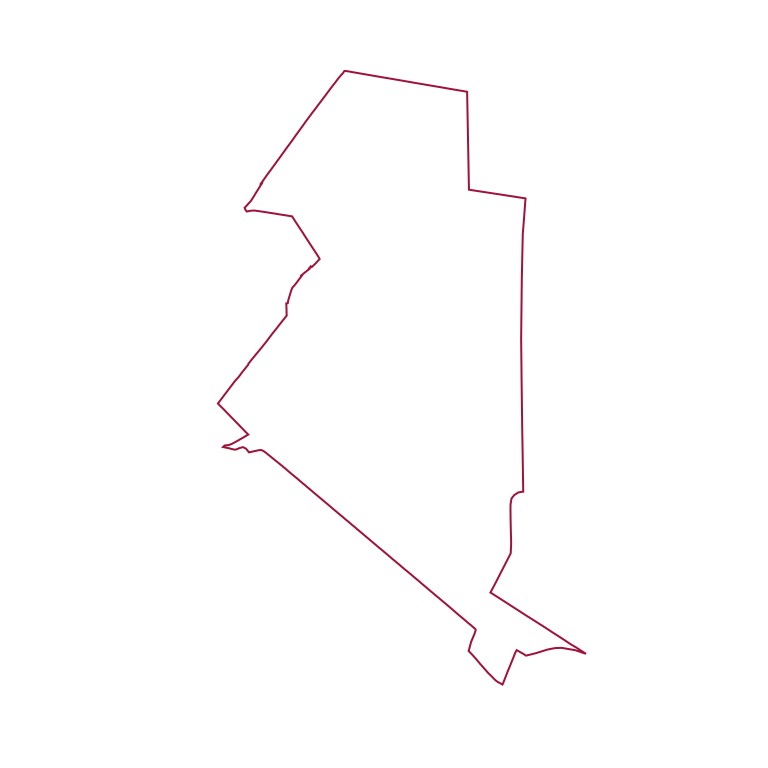 Valle de Chalco Solidaridad, México, Mexico (orthographic projection), rotated 171°
{"feature_id": "50627088B34446663804025", "entity_name": "Valle de Chalco Solidaridad", "entity_type": "district", "adm_level": 2, "iso_a3": "MEX", "parent_name": "Mexico", "parent_adm1": "México", "projection": "orthographic", "projection_center": [-98.94, 19.283], "detail": "fine", "context": "isolated", "style": "outline", "palette": "rose", "viewbox_px": 768, "rotation_deg": 171, "n_neighbors": 0, "source": "geoboundaries", "source_scale": "gbopen_adm2", "svg_char_len": 4741}
<svg xmlns="http://www.w3.org/2000/svg" viewBox="0 0 768 768"><g transform="rotate(171 384 384)"><path d="M298.3,149.7L309.1,159.3L311.5,161.4L305.8,168.9L305.0,170.0L296.2,182.1L294.8,184.0L293.4,185.9L290.9,189.3L287.4,194.1L285.3,197.0L285.2,197.6L283.4,206.3L283.0,209.2L282.9,210.2L282.8,210.4L282.3,214.6L281.3,222.1L280.5,227.8L280.1,230.8L279.7,233.6L278.8,239.6L277.9,245.1L277.8,245.4L276.0,250.9L272.8,253.9L268.2,255.9L263.3,255.9L261.6,268.1L258.0,293.2L254.6,317.4L251.0,342.2L247.5,366.3L241.5,407.0L239.9,416.5L231.6,465.4L223.5,510.3L220.9,521.0L215.2,545.2L269.7,562.6L259.4,636.5L256.2,659.6L257.3,660.0L259.6,660.8L259.9,660.9L268.9,663.9L279.7,667.6L287.7,670.3L289.5,670.9L298.4,673.9L307.6,677.0L320.7,681.5L321.9,681.9L340.6,688.2L364.4,696.3L369.6,698.1L373.3,699.3L374.1,699.4L376.6,696.8L376.9,696.7L377.6,696.2L377.9,695.9L380.8,693.5L384.7,689.7L388.7,686.0L392.6,682.2L396.5,678.4L400.4,674.6L404.3,670.9L408.2,667.1L412.2,663.3L416.1,659.5L419.9,655.8L423.6,652.0L427.4,648.2L431.2,644.4L432.2,643.4L435.9,639.6L439.6,635.9L443.4,632.2L447.1,628.4L450.8,624.7L454.5,621.0L458.3,617.2L462.0,613.5L466.6,609.0L470.3,605.2L474.1,601.3L473.3,601.2L476.5,597.5L480.0,593.5L483.4,589.5L486.9,585.5L487.6,585.0L494.1,579.8L493.5,577.5L492.5,575.8L488.9,576.0L484.8,575.6L478.0,573.5L471.1,571.3L465.5,569.5L459.8,567.6L454.2,565.8L448.5,563.9L445.6,557.2L445.1,556.1L442.8,551.0L440.5,546.0L438.3,540.9L436.0,535.8L433.7,530.7L431.4,525.6L429.1,520.5L428.0,517.5L434.2,512.7L437.1,510.8L437.9,511.7L440.0,509.8L439.6,509.4L439.8,509.3L444.4,506.7L449.0,504.0L448.9,503.6L448.5,503.6L452.9,499.3L456.2,496.1L457.3,495.2L458.1,494.6L459.4,493.5L461.2,490.5L464.1,484.5L465.5,481.6L466.3,479.0L465.6,478.8L466.7,478.9L467.9,478.9L468.7,472.3L469.2,468.8L469.4,466.8L473.9,462.7L476.0,460.8L478.2,458.7L478.9,458.1L481.5,455.6L483.3,454.0L483.5,453.8L485.4,452.1L486.1,451.5L487.2,450.4L489.3,448.4L495.4,442.5L495.8,442.2L496.2,441.9L498.0,440.2L499.3,439.0L499.9,438.5L500.7,437.8L502.4,436.3L503.2,435.6L504.6,434.3L506.5,432.7L508.1,431.2L510.0,429.6L514.8,425.2L515.0,424.4L518.5,421.2L521.9,418.1L522.2,417.9L526.2,413.9L530.6,410.4L533.6,407.5L538.2,403.1L543.1,398.4L545.7,395.9L548.3,393.4L550.7,391.1L551.1,390.7L550.6,390.0L549.2,388.0L548.4,386.9L546.3,384.1L544.8,381.9L543.4,379.9L541.9,377.8L540.4,375.6L539.0,373.7L538.6,373.1L537.7,371.8L536.7,370.4L535.5,368.7L534.4,367.2L534.2,366.9L532.2,364.0L528.6,358.9L526.0,355.3L527.5,354.7L531.5,353.1L534.5,352.0L537.8,350.7L540.9,349.6L543.9,348.6L547.0,348.0L551.0,348.2L552.8,346.9L551.5,346.4L550.4,346.0L546.9,344.7L546.1,344.3L544.0,343.4L542.3,342.7L541.8,342.6L541.3,342.5L540.7,342.4L540.2,342.5L539.0,342.8L538.6,342.9L536.1,343.4L535.3,343.5L533.3,343.7L532.8,343.5L531.6,342.6L530.2,341.5L529.5,340.2L528.1,337.6L527.7,337.6L519.9,338.1L517.7,338.2L516.2,338.1L515.3,337.8L514.4,337.3L513.2,336.3L511.9,335.1L510.8,333.9L510.1,333.1L504.0,326.3L498.3,320.0L496.9,318.4L495.9,317.2L495.0,316.3L493.5,314.5L493.2,314.1L490.3,310.7L484.1,303.7L482.4,301.6L481.2,300.3L480.7,299.7L479.7,298.5L478.7,297.4L477.7,296.3L476.4,294.7L471.2,288.7L467.4,284.3L464.5,281.0L463.9,280.3L461.7,277.7L459.3,275.0L458.4,274.0L454.4,269.3L452.0,266.5L448.0,261.9L446.6,260.3L445.6,259.2L443.6,256.8L442.9,256.0L439.4,252.0L437.9,250.2L436.8,249.0L434.2,246.0L433.6,245.2L432.2,243.7L430.7,241.9L427.3,238.0L425.6,236.0L421.7,231.5L420.6,230.2L416.6,225.6L414.3,222.9L411.7,220.0L410.5,218.6L406.7,214.2L402.8,209.6L399.2,205.5L396.4,202.3L395.5,201.2L391.7,196.8L389.6,194.5L384.1,188.1L381.0,184.6L380.2,183.6L376.8,179.6L376.7,179.5L372.8,175.0L370.0,171.7L368.3,169.8L366.2,167.3L363.9,164.7L361.7,162.2L357.7,157.6L355.1,154.6L353.1,152.2L348.6,146.9L346.1,143.9L344.4,142.0L343.7,141.2L339.9,136.8L339.4,136.1L339.1,135.8L335.7,132.0L335.0,131.1L333.7,129.6L332.9,128.6L332.2,127.9L332.0,127.3L332.0,126.4L333.2,124.1L333.7,123.1L338.4,115.5L341.7,108.0L342.2,107.0L341.4,106.0L340.0,104.0L336.7,99.0L332.8,92.5L331.8,91.0L329.7,87.6L326.0,81.8L325.8,81.6L325.7,81.4L323.5,78.6L321.1,75.1L320.0,73.7L319.6,73.3L318.7,72.3L314.0,68.6L311.9,72.0L309.8,75.6L309.3,76.4L308.6,77.6L306.6,81.1L306.3,81.6L304.7,84.1L303.4,86.3L301.7,89.1L300.2,91.6L298.8,93.9L297.9,95.5L296.3,98.2L294.6,100.4L288.3,95.4L286.2,93.5L275.9,94.4L264.3,96.1L260.3,96.3L256.2,96.4L249.8,95.6L236.6,91.1L236.2,90.9L235.8,90.7L235.3,90.4L234.3,89.9L232.8,89.1L229.8,87.5L226.7,85.9L234.2,92.6L234.6,93.0L235.8,94.0L240.6,98.0L246.1,103.1L257.4,113.2L258.8,114.5L259.2,114.8L261.0,116.5L263.1,118.4L263.4,118.7L264.9,120.0L265.6,120.7L267.0,121.8L269.3,123.9L272.5,126.7L272.9,127.1L273.3,127.4L280.0,133.3L296.1,147.7L298.3,149.7Z" fill="none" stroke="#9f1239" stroke-width="2"/></g></svg>